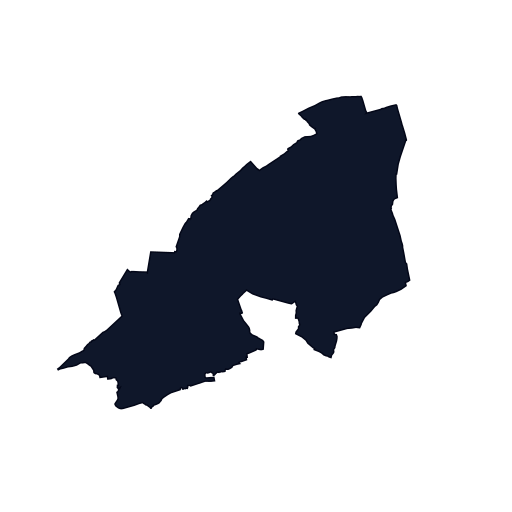 Dobarceni, Botosani, Romania (Mercator projection), rotated 288°
{"feature_id": "2599482B34827774742587", "entity_name": "Dobarceni", "entity_type": "district", "adm_level": 2, "iso_a3": "ROU", "parent_name": "Romania", "parent_adm1": "Botosani", "projection": "mercator", "projection_center": [27.051, 47.84], "detail": "fine", "context": "isolated", "style": "filled", "palette": "ink", "viewbox_px": 512, "rotation_deg": 288, "n_neighbors": 0, "source": "geoboundaries", "source_scale": "gbopen_adm2", "svg_char_len": 6084}
<svg xmlns="http://www.w3.org/2000/svg" viewBox="0 0 512 512"><g transform="rotate(288 256 256)"><path d="M412.6,363.2L412.8,363.2L418.6,359.5L424.9,355.1L425.6,354.5L425.9,354.0L426.1,354.2L428.0,353.0L439.6,345.1L442.6,343.3L442.9,342.8L443.0,342.5L440.2,337.8L437.6,334.1L436.0,332.3L435.1,330.3L433.8,329.1L432.7,327.4L425.8,316.8L426.3,317.0L426.8,316.7L428.2,315.3L436.8,309.5L439.3,307.6L440.2,306.6L439.5,305.0L439.1,303.4L438.2,301.5L437.1,298.0L436.4,296.5L435.1,292.1L433.5,288.1L431.9,286.1L431.1,284.1L428.7,280.0L425.7,275.3L425.5,274.8L423.1,271.3L421.1,269.2L417.2,265.6L412.8,260.5L407.7,255.5L405.0,252.6L404.6,252.6L403.2,255.8L402.2,257.2L401.0,259.8L401.4,260.4L401.2,260.7L401.3,260.8L400.7,261.4L401.1,261.7L399.7,263.2L398.4,265.6L398.0,266.0L397.3,266.4L397.0,267.0L396.1,269.3L395.3,271.9L395.2,272.4L395.5,272.9L394.7,273.0L393.4,274.5L391.1,276.2L388.4,273.6L386.5,271.1L384.4,265.7L381.8,263.0L379.9,262.1L378.6,260.3L377.9,260.0L376.4,259.9L373.5,257.4L370.7,255.9L368.1,253.4L367.5,253.2L366.2,254.1L365.1,253.9L364.8,253.2L361.9,251.5L358.5,248.5L358.2,248.8L346.8,239.7L344.6,238.1L342.1,235.5L338.3,232.7L339.2,230.8L338.9,230.6L343.4,222.9L344.0,221.9L343.7,221.7L343.9,221.5L340.1,218.9L337.8,217.7L335.5,216.2L332.5,214.9L327.8,211.8L324.8,210.3L324.6,209.9L322.3,208.4L316.6,205.4L309.1,200.8L305.6,198.6L305.8,198.2L303.4,196.6L303.2,196.3L302.8,195.9L302.0,195.8L301.3,196.0L299.6,195.1L299.3,195.8L297.8,196.1L296.1,195.2L294.6,195.1L293.2,193.6L292.3,193.0L292.9,192.0L291.2,191.1L288.9,189.3L288.3,189.1L287.0,187.3L284.6,186.6L283.1,185.9L281.7,185.8L281.0,185.5L278.5,183.3L277.0,182.4L274.3,181.9L271.4,182.5L270.5,182.0L270.9,181.5L270.7,180.4L265.4,179.2L265.6,178.9L264.8,178.6L260.6,177.8L253.0,176.8L250.7,177.5L240.1,177.3L239.7,178.0L238.0,178.8L236.6,179.0L235.5,178.9L235.2,178.5L235.1,177.4L233.8,177.5L227.3,154.7L207.2,157.7L206.2,158.0L206.2,157.9L206.9,157.0L204.6,149.3L203.3,144.3L202.6,142.2L201.7,141.8L202.4,139.8L203.3,137.9L188.4,134.4L188.1,134.4L187.2,135.2L186.8,135.3L185.4,134.0L180.7,133.5L178.2,132.4L176.9,133.6L173.4,136.2L160.5,144.9L158.7,146.3L157.6,147.3L139.4,137.2L137.1,135.4L136.1,134.1L125.9,128.3L126.0,127.4L125.5,127.2L124.2,125.8L123.3,125.8L122.7,124.8L120.9,124.2L119.8,123.3L118.1,122.6L117.4,122.6L117.3,122.3L115.1,121.3L113.8,121.5L112.9,121.3L112.3,121.0L112.0,120.4L109.4,118.2L106.0,114.0L104.0,111.8L101.7,110.0L100.2,109.6L89.4,103.9L87.3,102.4L86.7,103.1L88.0,104.4L90.0,107.7L92.5,111.3L94.2,115.0L95.6,117.2L96.9,119.1L99.8,121.7L100.3,122.4L100.9,124.2L102.1,126.6L101.7,128.8L101.1,130.3L100.6,131.8L100.5,132.6L100.1,133.4L97.1,137.1L95.3,137.8L94.9,138.3L94.6,139.6L94.6,140.1L94.9,141.0L94.6,143.4L93.4,144.6L92.3,145.2L95.6,151.8L93.2,153.1L94.6,156.1L96.1,157.6L96.8,160.0L96.6,160.6L95.2,161.3L94.3,163.2L93.3,163.8L90.5,165.1L90.2,164.2L88.0,164.8L87.5,165.8L87.9,166.4L89.0,167.4L86.9,167.1L86.2,166.6L85.3,166.8L84.4,166.6L83.4,165.9L79.5,168.2L77.9,168.9L76.2,168.8L71.9,167.6L71.3,167.8L70.1,169.1L69.2,171.7L69.0,172.8L69.0,174.0L69.2,175.1L70.0,176.7L76.5,186.4L79.6,190.3L81.6,193.4L81.1,194.8L80.8,196.2L80.4,197.1L80.5,198.9L80.2,199.3L79.3,202.1L78.7,202.9L78.8,203.3L79.1,203.4L79.8,203.3L81.6,204.6L82.8,205.0L83.5,206.1L85.3,208.2L86.7,209.4L88.0,209.7L89.0,210.3L90.5,210.5L90.7,210.2L93.4,212.0L97.0,214.8L99.7,217.3L105.4,225.1L107.0,225.0L107.7,225.3L107.9,225.8L107.9,226.7L107.7,226.9L107.1,227.0L106.8,227.2L106.8,227.8L107.7,228.3L107.9,229.6L108.8,230.8L108.9,231.6L110.0,231.6L111.7,231.0L112.7,233.8L112.3,234.1L121.3,246.3L123.0,251.8L124.5,255.1L127.6,253.4L126.8,252.0L126.5,250.9L124.7,246.7L124.6,246.2L124.8,245.1L127.4,243.9L128.9,244.1L129.4,244.4L129.7,245.0L129.8,246.2L130.8,247.6L131.8,248.6L131.3,250.5L131.3,251.1L130.7,251.8L129.4,252.2L129.4,252.5L129.7,253.0L130.8,253.6L131.9,253.9L132.5,254.5L133.2,254.6L133.7,255.5L133.9,256.8L134.3,257.0L134.8,258.2L135.4,258.6L135.5,259.7L136.3,261.4L136.8,262.1L137.3,261.9L138.0,261.9L139.3,262.3L139.2,263.0L139.6,264.4L140.7,265.7L142.7,267.4L144.5,267.7L145.3,268.6L147.2,271.3L148.6,273.7L149.1,272.6L149.3,272.5L149.6,272.7L150.5,273.6L151.2,274.8L154.4,279.0L156.7,277.8L157.0,278.9L160.2,277.5L161.5,279.3L166.2,284.6L166.9,285.2L167.9,285.1L168.2,287.4L168.3,288.8L168.7,290.2L169.6,291.6L176.6,289.9L177.7,288.4L178.4,284.7L178.6,284.2L178.5,283.7L178.7,283.1L179.1,282.6L179.4,280.9L179.7,276.9L180.8,274.3L181.8,273.4L183.2,273.0L184.1,272.5L185.2,271.8L186.1,270.9L188.6,267.2L190.5,264.2L195.9,258.7L196.6,258.4L197.1,260.2L197.7,260.5L199.8,259.0L200.3,258.4L209.1,251.8L213.3,253.6L215.6,254.9L216.3,255.1L220.1,257.3L220.7,257.4L219.0,264.5L218.7,273.2L219.1,279.0L219.2,285.0L220.4,285.4L220.5,285.7L221.2,300.9L221.5,304.2L221.6,304.6L225.1,307.2L223.6,308.5L222.1,309.4L220.9,311.0L218.9,310.9L216.4,311.1L214.7,311.8L212.9,312.1L212.1,312.0L209.2,312.9L209.9,315.2L207.5,317.0L206.5,317.6L205.5,317.9L204.4,318.8L203.4,318.8L201.8,318.3L200.4,318.9L199.5,318.8L196.1,317.6L194.4,317.8L193.3,324.7L191.4,329.6L189.1,332.3L186.5,338.7L186.1,340.4L185.0,340.3L184.7,345.4L184.4,347.1L184.1,348.4L182.9,351.2L182.9,352.7L182.7,353.6L183.1,354.9L182.7,356.0L182.6,357.0L182.6,358.7L185.2,358.5L187.4,359.4L188.8,359.6L190.9,358.6L193.1,359.2L194.9,358.9L200.1,358.8L202.6,358.4L204.4,357.9L206.0,356.7L205.6,354.8L207.7,353.5L215.3,365.0L217.2,369.5L219.1,373.1L219.8,376.7L223.3,377.1L224.6,377.0L231.1,378.1L239.1,382.2L244.7,384.4L246.9,385.9L249.7,386.6L252.8,386.9L256.1,388.9L259.7,392.7L262.6,396.0L263.8,398.1L265.5,400.3L269.2,404.2L274.1,407.9L277.0,406.2L278.7,408.3L280.5,409.6L290.3,404.0L295.0,401.7L295.4,400.9L296.1,400.0L304.4,395.6L309.4,392.8L311.1,392.2L312.9,391.1L315.0,389.5L319.8,386.7L333.7,376.6L337.0,373.6L338.7,372.5L341.8,369.9L343.1,369.9L343.1,369.6L344.0,369.4L345.8,369.1L346.6,369.6L347.4,369.8L350.2,369.2L351.7,369.4L352.6,369.7L353.4,370.2L355.2,372.4L362.8,368.9L366.8,367.3L373.1,365.0L377.2,363.8L377.4,364.4L387.4,362.8L394.9,362.5L396.4,362.5L412.5,362.7L412.6,363.2Z" fill="#0f172a" stroke="#020617" stroke-width="1.5"/></g></svg>